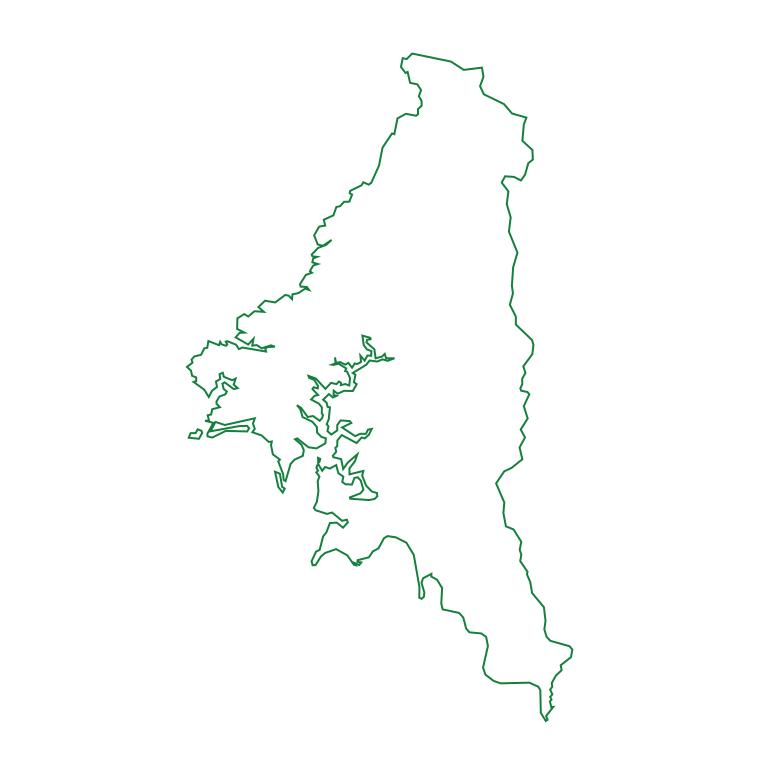 outline of Hornsby, New South Wales, Australia, rotated 182°
{"feature_id": "25037944B15233431502175", "entity_name": "Hornsby", "entity_type": "district", "adm_level": 2, "iso_a3": "AUS", "parent_name": "Australia", "parent_adm1": "New South Wales", "projection": "robinson", "projection_center": [151.145, -33.572], "detail": "fine", "context": "isolated", "style": "outline", "palette": "green", "viewbox_px": 768, "rotation_deg": 182, "n_neighbors": 0, "source": "geoboundaries", "source_scale": "gbopen_adm2", "svg_char_len": 6148}
<svg xmlns="http://www.w3.org/2000/svg" viewBox="0 0 768 768"><g transform="rotate(182 384 384)"><path d="M210.5,52.8L208.8,54.2L210.4,57.8L203.6,67.1L205.5,66.8L207.1,72.6L205.6,74.4L207.0,77.1L204.9,79.7L207.3,84.4L205.3,87.2L205.9,91.1L202.0,98.6L196.5,104.2L197.6,109.1L187.6,117.5L186.5,125.1L189.4,128.4L208.7,133.1L212.7,137.0L215.2,144.4L214.3,152.9L216.4,166.5L228.7,180.3L230.9,191.0L234.5,198.8L234.0,201.3L241.7,211.8L240.8,218.1L242.6,223.0L241.3,231.1L249.5,243.2L257.2,246.0L260.2,259.3L259.6,269.7L268.5,288.6L260.8,300.9L253.6,304.6L243.1,313.6L246.3,325.3L241.2,335.5L245.8,343.3L239.2,354.5L243.5,366.8L238.4,378.8L240.4,381.0L246.7,382.1L247.6,384.4L245.8,388.7L246.1,394.0L243.0,400.0L245.4,406.5L236.8,419.0L236.0,428.3L237.6,433.1L254.3,448.0L254.6,456.0L261.0,467.6L258.3,479.0L259.6,486.6L259.0,505.2L255.2,519.9L264.5,540.7L263.2,554.9L267.6,568.1L266.4,580.8L273.4,589.4L270.2,595.8L261.4,595.5L254.2,592.2L250.3,598.2L247.5,609.7L243.1,613.5L243.8,623.0L254.2,631.9L253.3,648.2L251.0,655.2L265.5,658.8L273.8,667.9L294.3,677.0L298.4,685.0L295.3,694.7L297.2,703.6L315.2,700.7L328.4,708.6L367.4,715.2L372.6,709.6L376.7,710.2L378.1,701.4L373.3,695.6L371.3,696.7L368.4,685.9L361.1,684.6L357.2,679.0L359.2,672.8L356.3,668.2L356.1,663.4L359.7,659.9L359.4,654.9L361.3,653.2L371.5,654.8L379.8,649.9L382.4,634.0L384.7,634.7L393.7,620.2L396.6,602.1L403.8,584.5L406.3,582.7L411.7,584.9L413.5,581.7L424.6,575.8L424.9,573.4L422.5,572.2L425.0,565.0L430.3,564.7L434.1,560.2L437.8,559.2L440.4,550.8L449.9,546.1L448.3,540.3L454.3,539.0L459.0,530.1L455.1,521.1L449.8,520.0L441.4,526.2L446.7,521.0L454.6,517.7L460.8,510.8L460.0,509.1L455.3,508.7L459.1,507.0L459.9,503.1L454.3,501.6L458.9,499.9L462.0,494.2L459.9,492.7L465.9,490.3L471.4,480.9L470.7,478.4L464.5,478.3L462.2,475.4L466.1,476.6L472.6,471.9L478.6,470.4L478.9,465.6L482.4,469.0L485.9,469.5L495.6,461.7L505.8,463.1L512.2,456.5L506.6,451.9L516.0,452.2L522.0,446.7L526.1,449.0L532.8,444.5L532.7,433.9L525.3,430.5L530.1,430.1L533.9,425.4L521.1,418.7L516.0,424.7L517.0,417.8L512.5,418.4L507.4,415.4L498.3,418.7L494.3,417.5L502.2,416.8L503.8,414.8L503.0,412.3L526.8,415.5L530.2,413.8L533.2,418.1L542.0,421.3L543.6,420.8L542.0,418.2L543.1,416.7L547.6,417.9L549.2,420.4L550.2,417.0L561.0,420.8L561.9,414.0L564.8,413.4L567.8,406.8L574.4,405.0L577.2,401.6L576.1,398.7L581.5,394.2L577.3,390.5L576.1,385.5L571.9,384.0L571.8,380.3L574.3,379.4L563.5,372.1L558.6,364.9L555.6,371.3L550.8,375.2L552.0,380.6L547.8,383.3L548.7,388.1L545.5,389.6L544.3,385.6L535.9,382.5L532.5,384.2L534.2,378.1L530.1,374.8L534.0,373.7L543.3,380.1L545.5,378.6L544.1,373.5L540.8,370.9L542.2,368.1L548.0,365.8L550.8,360.6L550.7,358.4L547.2,355.1L554.8,352.8L555.7,347.5L559.1,346.6L557.6,341.4L561.6,341.0L553.2,339.2L558.8,328.1L558.5,325.5L553.7,324.5L540.5,331.6L519.1,331.8L517.2,335.0L519.4,337.4L527.2,336.9L555.6,330.7L551.2,340.2L541.6,337.5L511.9,345.2L513.6,339.8L511.6,334.6L513.9,331.2L504.5,328.3L497.1,322.1L494.1,322.6L494.8,319.0L492.6,309.8L485.4,304.8L487.0,303.0L481.7,290.5L480.9,284.6L479.0,283.5L474.5,301.0L470.7,305.3L462.6,309.4L461.8,315.0L464.3,320.4L471.0,325.7L468.8,326.6L457.2,318.1L449.2,317.3L440.6,322.6L440.2,327.7L444.6,328.9L449.2,333.1L449.6,338.7L454.3,343.8L464.2,348.1L466.8,356.0L470.3,359.8L466.1,357.3L459.1,348.4L453.7,349.5L447.0,345.0L444.7,347.7L443.8,350.8L445.1,352.2L445.3,358.5L448.4,362.1L456.3,366.0L453.1,369.7L449.5,370.7L455.3,376.5L454.2,378.3L450.0,377.3L449.9,379.8L453.9,385.7L459.0,387.5L459.8,389.5L452.3,387.1L442.4,377.1L436.9,383.3L431.5,382.2L429.1,384.9L427.0,383.6L427.1,381.4L422.7,382.6L418.7,381.3L418.1,388.6L421.3,395.0L423.3,395.6L422.3,398.3L430.1,402.7L435.4,401.3L436.7,401.5L433.2,402.9L433.9,408.9L432.6,403.3L428.9,404.4L423.3,402.0L420.4,403.9L416.5,399.2L413.9,403.6L411.7,402.9L407.7,405.2L408.6,411.6L404.2,406.7L401.5,411.9L397.8,411.7L397.7,416.4L402.3,418.0L405.6,422.2L407.3,431.6L399.4,429.7L399.0,428.3L402.4,427.6L403.0,425.0L394.8,418.3L393.3,409.4L387.0,411.3L384.3,414.1L382.8,409.8L374.4,410.1L381.1,407.3L386.4,408.6L391.5,406.2L399.2,407.0L402.4,402.6L415.6,393.9L412.9,392.2L414.1,384.7L411.3,382.9L414.9,375.9L423.6,375.8L430.0,372.7L434.0,375.6L434.0,371.3L431.0,370.5L434.5,368.7L438.7,372.0L444.3,366.2L440.7,363.3L439.6,359.2L437.2,358.8L438.0,346.6L439.9,341.8L438.0,339.8L438.9,335.0L434.9,331.6L429.1,336.0L429.3,341.3L426.1,346.1L416.9,345.7L415.3,343.9L424.4,339.1L411.0,330.9L406.0,333.4L400.3,333.6L398.4,337.8L394.7,338.7L397.3,332.8L401.3,329.0L404.5,329.7L409.3,324.0L424.4,331.5L428.6,326.0L428.6,320.3L430.4,318.4L429.4,314.6L432.6,310.6L432.1,309.1L424.2,307.4L421.8,297.6L417.4,304.3L408.2,312.8L410.4,305.6L415.6,298.5L415.3,292.5L401.6,296.4L402.6,291.6L398.3,281.8L392.4,276.1L387.2,274.8L386.8,271.5L389.4,268.8L394.8,267.5L413.7,268.2L414.1,269.5L403.7,273.9L400.9,277.6L403.8,286.6L407.0,289.9L410.3,289.0L412.5,282.4L418.9,282.4L422.3,284.7L421.4,290.0L426.5,293.3L428.9,301.3L435.2,297.6L440.0,299.0L442.7,295.1L446.8,301.4L447.8,300.5L448.6,297.8L446.9,295.3L448.6,293.3L445.3,289.3L446.9,284.6L445.8,274.5L447.0,263.8L449.8,257.7L447.8,255.4L436.5,252.2L431.4,253.7L421.0,245.8L416.4,247.1L415.3,244.5L419.9,239.0L426.4,243.8L433.2,243.2L436.4,233.7L439.5,229.6L442.5,216.0L446.1,214.0L450.2,204.3L449.0,200.4L446.1,200.6L441.0,209.4L436.9,213.1L426.1,217.3L414.7,211.5L407.8,202.3L405.7,201.8L406.9,204.0L402.5,202.2L400.5,204.9L404.3,205.3L404.2,207.0L393.0,210.3L389.4,216.2L383.8,219.5L378.6,229.9L375.2,232.1L366.9,231.2L356.1,226.2L348.3,214.3L341.5,182.3L341.3,171.7L338.9,170.6L336.7,172.8L336.4,177.0L339.6,186.7L338.2,191.2L330.0,195.9L330.0,193.2L324.1,190.2L318.8,182.1L319.1,166.6L317.5,160.8L300.9,157.8L296.6,153.3L293.4,142.6L290.0,138.8L278.0,138.1L273.1,134.8L271.0,125.8L275.1,104.0L272.5,97.1L264.1,91.1L257.0,88.9L228.3,90.6L219.2,86.8L217.1,83.5L215.8,60.8L210.5,52.8ZM482.2,277.6L484.9,290.7L489.8,292.5L486.0,277.3L481.4,272.0L479.6,276.1L482.2,277.6ZM564.0,328.8L564.8,330.9L568.6,332.2L570.5,328.4L575.6,328.1L577.3,323.5L567.0,322.8L564.0,328.8ZM445.1,306.9L447.3,307.9L447.0,302.8L445.8,303.8L445.1,306.9Z" fill="none" stroke="#15803d" stroke-width="2"/></g></svg>